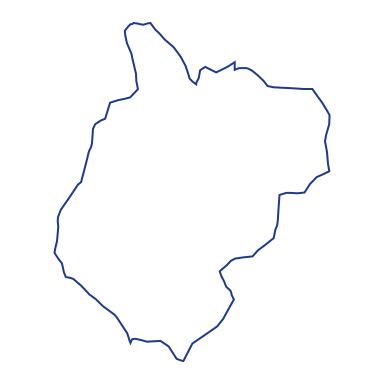 the district of Tooz Khurmato, Sala ad-Din, Iraq
{"feature_id": "34846034B84892780097972", "entity_name": "Tooz Khurmato", "entity_type": "district", "adm_level": 2, "iso_a3": "IRQ", "parent_name": "Iraq", "parent_adm1": "Sala ad-Din", "projection": "equal_earth", "projection_center": [44.642, 34.819], "detail": "fine", "context": "isolated", "style": "outline", "palette": "blue", "viewbox_px": 384, "rotation_deg": 0, "n_neighbors": 0, "source": "geoboundaries", "source_scale": "gbopen_adm2", "svg_char_len": 1855}
<svg xmlns="http://www.w3.org/2000/svg" viewBox="0 0 384 384"><path d="M130.5,342.9L130.9,341.7L132.2,339.2L135.4,338.8L140.9,340.0L147.0,341.7L160.5,340.9L168.6,346.4L176.6,358.8L181.1,360.5L183.4,361.0L192.4,343.5L205.6,334.5L217.2,326.4L223.0,319.1L230.3,305.9L233.9,299.5L231.6,294.8L231.3,292.7L230.3,290.5L226.2,286.7L224.2,281.6L221.3,276.0L219.7,271.3L227.1,264.9L231.0,260.7L235.1,258.6L243.8,257.3L252.5,256.4L258.3,250.0L264.7,245.3L273.7,238.1L275.3,230.0L275.8,228.7L277.2,225.3L277.9,219.3L278.5,209.1L279.5,195.0L286.2,192.9L290.7,192.9L297.5,193.3L304.5,192.5L310.0,184.0L316.7,177.1L323.2,174.2L329.3,171.2L328.0,163.9L327.0,152.0L325.0,141.4L326.0,135.4L329.2,124.3L329.5,117.5L329.5,115.0L327.3,111.2L326.6,109.9L322.1,102.6L315.0,92.8L312.4,89.0L304.1,89.0L289.7,88.1L273.6,87.3L267.5,86.0L263.6,80.9L257.9,75.4L252.1,70.7L248.2,68.6L246.3,68.1L243.1,68.1L239.2,68.1L234.7,69.8L234.7,62.2L227.4,66.9L218.0,71.5L216.1,72.4L205.2,66.9L200.1,70.3L198.8,77.9L196.2,83.0L196.2,84.3L192.7,81.8L189.5,78.4L188.2,73.7L185.6,66.0L181.1,57.5L178.2,53.3L173.7,47.3L164.8,39.6L159.6,33.7L155.1,29.4L152.6,26.0L150.4,23.0L147.3,23.5L143.5,24.7L140.4,24.3L137.3,23.5L133.6,23.0L132.6,23.9L130.4,24.3L127.6,27.2L124.8,30.9L125.4,36.2L127.0,43.3L131.4,53.6L132.3,58.1L136.0,73.8L136.3,80.8L137.9,89.1L136.9,90.3L130.1,97.4L123.9,99.0L117.9,100.2L110.1,102.7L105.1,118.8L100.8,120.5L95.2,124.2L93.0,128.8L92.0,143.2L91.1,146.9L88.9,151.5L86.4,161.8L82.3,177.5L81.1,182.1L78.0,184.6L71.7,194.0L68.9,198.2L60.8,209.8L58.0,217.2L57.7,221.0L58.3,226.7L57.6,234.6L57.0,241.2L55.4,247.8L54.5,252.8L57.7,257.8L62.0,263.5L64.0,272.6L65.8,277.0L70.9,278.0L73.4,279.0L78.0,283.0L80.5,285.1L85.1,289.8L89.4,294.5L95.5,298.9L103.1,306.3L114.5,314.7L116.8,317.4L127.2,333.2L129.0,338.7L129.6,340.8L130.5,342.9Z" fill="none" stroke="#1e3a8a" stroke-width="2"/></svg>